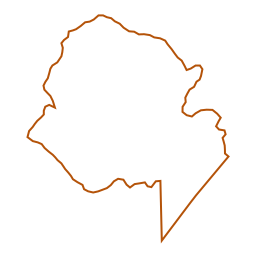 the district of Iconha, Espírito Santo, Brazil
{"feature_id": "56859067B88313113009325", "entity_name": "Iconha", "entity_type": "district", "adm_level": 2, "iso_a3": "BRA", "parent_name": "Brazil", "parent_adm1": "Espírito Santo", "projection": "mercator", "projection_center": [-40.862, -20.764], "detail": "fine", "context": "isolated", "style": "outline", "palette": "amber", "viewbox_px": 256, "rotation_deg": 0, "n_neighbors": 0, "source": "geoboundaries", "source_scale": "gbopen_adm2", "svg_char_len": 1550}
<svg xmlns="http://www.w3.org/2000/svg" viewBox="0 0 256 256"><path d="M68.8,31.5L68.0,37.0L64.0,40.0L61.4,43.2L62.8,47.8L62.3,52.2L61.4,56.3L57.3,62.4L52.4,65.5L50.4,68.7L49.4,72.6L47.8,78.3L45.4,81.8L43.5,85.6L44.4,89.7L47.2,92.7L50.4,96.0L52.8,100.9L54.9,107.6L49.2,104.9L45.3,106.7L43.8,110.7L43.8,114.5L41.1,117.4L37.3,120.8L34.9,123.8L32.7,127.0L29.1,131.0L27.5,137.1L32.8,141.1L37.8,142.4L41.7,144.1L44.6,148.0L48.7,151.6L52.8,154.8L55.2,157.3L57.6,160.2L61.4,163.4L65.2,169.1L68.4,172.7L71.1,176.1L72.9,179.2L77.5,182.2L82.5,184.9L84.1,189.2L88.1,191.3L93.2,192.5L98.1,191.4L102.4,189.8L106.9,188.1L110.8,185.1L113.9,181.3L118.1,178.8L123.4,179.7L126.6,184.7L130.0,187.5L134.6,184.1L139.2,183.4L144.9,182.4L147.6,186.3L151.4,187.1L155.8,181.3L160.4,180.9L161.8,240.6L189.9,203.3L196.0,195.4L228.5,156.5L225.0,153.5L224.9,149.2L224.7,145.5L223.6,141.3L222.6,137.9L225.6,134.3L224.5,130.4L219.0,129.5L216.1,126.3L218.6,121.3L220.7,117.7L217.2,113.7L212.5,109.9L206.7,109.7L200.9,110.3L195.6,113.3L191.9,116.5L186.7,115.2L182.5,111.9L182.6,106.8L185.7,102.1L185.3,97.7L187.3,93.7L189.6,89.6L194.1,86.8L196.5,81.7L199.6,79.6L201.0,76.0L202.4,69.2L199.9,65.5L195.6,65.5L190.7,68.6L186.6,70.0L184.6,65.9L181.7,60.6L177.7,57.5L174.9,53.8L171.5,49.0L167.7,44.4L165.2,40.6L160.1,38.3L154.2,37.4L149.9,35.1L144.0,34.2L138.9,34.4L134.2,31.7L129.1,31.3L123.6,27.7L119.7,23.7L114.8,21.3L111.2,18.2L106.9,17.2L103.1,15.4L98.5,15.4L93.8,19.5L89.7,21.6L85.1,22.3L80.7,26.0L76.1,29.2L72.9,30.4L68.8,31.5Z" fill="none" stroke="#b45309" stroke-width="2"/></svg>